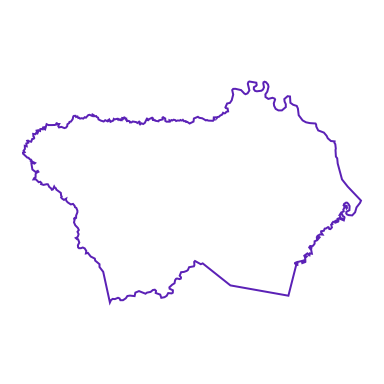 Parita, Herrera, Panama
{"feature_id": "35544464B83627234663474", "entity_name": "Parita", "entity_type": "district", "adm_level": 2, "iso_a3": "PAN", "parent_name": "Panama", "parent_adm1": "Herrera", "projection": "mercator", "projection_center": [-80.596, 8.035], "detail": "fine", "context": "isolated", "style": "outline", "palette": "violet", "viewbox_px": 384, "rotation_deg": 0, "n_neighbors": 0, "source": "geoboundaries", "source_scale": "gbopen_adm2", "svg_char_len": 5930}
<svg xmlns="http://www.w3.org/2000/svg" viewBox="0 0 384 384"><path d="M227.1,103.5L225.4,107.4L225.9,108.1L227.6,108.5L228.1,111.4L226.4,111.8L225.2,113.2L224.0,113.4L223.1,112.8L221.9,114.8L220.4,115.4L218.9,116.8L217.6,117.0L216.8,118.1L216.5,117.3L213.8,117.4L213.7,118.5L214.6,119.6L213.6,119.8L213.0,120.8L208.2,120.6L207.0,120.0L205.9,120.4L202.3,118.3L199.3,117.8L197.9,116.8L193.9,118.5L193.5,121.6L189.6,123.5L187.3,121.9L186.1,122.0L185.7,121.1L184.0,121.2L182.9,119.9L182.4,120.4L181.3,120.5L180.5,120.0L179.6,120.6L177.5,120.5L176.1,121.0L175.2,120.1L173.7,119.7L172.2,120.5L171.5,120.1L170.6,120.8L169.5,120.3L169.6,121.7L166.5,121.7L165.3,120.9L165.2,118.5L163.1,117.2L162.5,117.6L162.7,119.4L159.1,120.3L158.5,121.3L155.2,120.7L154.9,120.1L152.9,120.0L152.4,118.8L152.9,118.3L152.1,117.7L149.2,119.1L148.3,120.2L147.7,120.1L147.3,118.7L146.9,118.6L144.8,122.9L143.2,124.0L141.4,123.3L140.1,124.4L139.6,123.8L139.7,122.0L139.2,121.6L137.4,123.0L136.2,122.1L132.7,121.5L131.5,122.4L130.0,122.4L130.0,121.7L129.0,121.0L127.1,121.1L127.2,120.3L126.1,119.8L126.2,118.6L125.2,118.6L124.9,117.7L124.3,117.4L123.9,117.6L124.3,118.2L122.4,118.0L122.7,119.2L120.8,119.3L121.3,120.2L120.3,120.2L118.3,119.0L118.0,119.6L117.2,118.8L114.6,119.4L113.8,118.9L113.2,120.6L110.5,121.8L110.1,120.6L109.1,120.7L109.0,119.6L107.7,120.5L108.1,121.2L107.7,121.4L105.2,120.2L103.7,121.5L100.8,120.6L98.5,119.4L98.1,117.7L96.6,116.9L96.2,116.1L94.0,116.2L93.9,115.3L92.5,114.5L92.1,115.9L89.6,114.8L88.3,115.1L85.9,117.7L84.8,117.2L83.2,118.6L81.8,118.2L80.0,118.6L79.2,117.8L78.3,118.0L77.5,116.5L76.1,117.0L75.5,115.8L73.9,115.9L73.3,116.4L72.6,119.3L70.9,121.6L69.5,121.9L69.2,123.0L67.4,124.3L67.2,126.2L66.0,127.6L64.4,128.1L61.4,126.9L59.0,127.4L58.2,126.0L59.2,124.0L57.6,124.0L56.8,123.2L56.3,123.5L56.1,124.6L54.5,125.0L48.5,125.1L46.6,124.2L45.1,129.4L44.3,128.9L44.3,127.2L43.1,127.4L42.7,129.3L41.3,128.9L40.3,129.1L40.1,130.9L38.4,130.2L36.6,130.6L36.8,131.2L38.2,131.6L37.4,133.5L36.1,133.0L35.4,134.2L33.2,133.9L33.4,136.5L34.0,137.0L34.2,138.1L33.6,138.8L32.2,139.0L31.2,141.7L29.1,141.3L28.0,140.6L27.2,140.8L28.1,142.8L26.3,143.5L26.7,146.3L24.8,145.8L24.9,149.0L23.6,150.7L24.6,152.2L23.0,152.6L23.1,153.7L27.3,157.6L28.5,157.8L29.9,159.4L30.9,159.6L31.5,160.4L31.0,161.1L35.1,163.0L34.4,163.6L31.9,162.7L31.3,163.0L32.4,169.5L35.6,172.0L37.8,170.9L38.4,171.8L36.1,173.0L35.6,174.2L35.6,177.1L34.1,178.2L33.5,179.4L35.8,179.3L38.7,182.2L40.3,181.8L41.5,183.1L41.1,184.1L43.5,184.9L46.7,184.2L47.9,184.3L49.3,187.0L50.9,188.2L51.9,189.8L52.9,189.4L54.2,186.5L55.0,187.9L55.9,188.3L56.3,189.6L60.8,192.9L61.1,195.5L61.7,196.5L61.1,197.4L62.0,198.5L64.0,199.9L66.1,198.7L65.9,199.5L66.6,201.2L67.9,202.5L70.8,204.4L73.0,203.9L74.6,205.8L75.0,207.2L76.3,207.9L77.4,210.6L77.4,212.3L76.1,215.6L76.1,217.9L75.4,218.5L74.6,218.0L74.1,218.7L74.5,220.2L74.0,222.4L75.3,225.3L77.9,228.0L78.8,230.0L77.5,231.8L78.6,234.1L78.0,236.1L77.3,237.3L75.8,238.0L77.1,239.2L78.1,239.3L79.3,242.5L77.9,245.3L78.1,247.4L79.0,248.2L80.9,248.2L82.8,247.5L84.7,248.4L86.3,251.0L85.9,253.4L87.9,252.9L90.7,256.5L94.8,258.6L95.2,260.6L99.5,264.2L99.5,267.0L103.2,271.8L109.9,302.5L111.0,300.1L112.7,298.9L114.9,299.1L118.0,297.8L119.5,298.4L120.4,300.2L123.0,300.2L125.8,298.3L127.4,296.0L130.0,295.6L134.6,296.1L135.4,292.6L139.0,291.1L145.5,293.7L147.0,292.6L150.6,291.9L152.9,290.0L154.8,289.7L156.0,290.8L155.7,293.0L160.2,294.6L161.3,297.8L164.5,297.2L166.7,295.8L168.2,293.1L171.7,293.4L172.8,292.7L172.9,290.3L169.6,288.7L169.4,287.3L172.2,284.7L174.5,283.3L175.1,280.2L176.1,278.8L177.0,278.5L179.6,279.1L180.8,278.6L181.0,277.3L179.7,275.7L181.1,272.2L184.0,271.9L186.7,270.9L187.9,270.0L189.1,267.2L193.9,266.3L194.4,265.1L194.2,261.9L195.0,261.0L200.8,264.2L202.7,263.4L230.4,285.4L288.4,295.7L296.1,265.4L296.9,265.1L295.0,263.5L295.1,262.9L296.5,262.3L296.5,263.6L297.4,264.1L297.6,262.0L302.9,260.7L303.7,261.4L303.0,262.1L302.0,261.9L302.3,263.1L305.3,262.0L305.4,261.2L304.1,260.3L305.3,259.7L305.1,258.1L306.7,256.5L304.7,256.6L304.3,255.7L307.4,253.4L309.5,255.1L309.8,253.4L311.9,253.7L311.1,249.5L311.5,247.3L310.3,246.9L309.8,248.2L309.2,247.4L310.2,246.0L311.9,246.2L313.1,245.7L314.6,243.7L314.6,241.3L317.2,240.2L319.6,237.3L318.8,236.7L316.9,238.1L316.8,237.2L317.6,235.8L320.1,234.4L322.6,234.6L321.0,232.0L321.2,231.2L323.8,230.8L324.7,228.6L325.9,228.5L328.1,227.1L328.7,227.4L329.3,229.0L330.4,229.1L331.9,227.5L331.2,224.7L332.4,224.1L332.0,223.3L333.2,221.8L334.8,222.0L335.3,220.9L336.4,220.5L337.1,220.7L336.3,222.3L338.2,221.6L338.5,220.8L337.5,219.0L338.3,218.4L339.6,218.8L340.1,216.6L341.3,219.0L343.2,218.4L341.9,219.6L343.8,220.4L344.5,217.7L344.3,216.9L342.8,215.9L342.1,214.2L339.9,214.6L341.2,212.5L343.7,211.4L343.3,209.6L344.3,208.0L344.3,207.0L346.2,207.2L346.6,208.4L347.0,207.9L346.7,205.9L343.7,205.2L344.2,203.8L346.1,202.6L347.1,202.7L348.3,203.8L349.6,206.1L349.4,210.2L346.4,211.8L346.2,213.3L346.8,214.3L348.5,215.1L352.2,215.4L355.1,212.3L356.5,207.4L360.0,202.9L361.0,200.6L347.7,186.6L342.0,179.4L337.7,163.5L337.2,158.3L335.9,156.6L335.5,149.9L335.8,148.7L335.3,144.2L334.4,142.7L334.6,141.4L330.9,141.0L327.8,138.3L326.6,135.8L323.9,132.6L318.2,130.4L316.3,126.6L316.1,124.5L315.5,123.5L309.8,123.1L306.0,122.3L302.6,120.4L298.7,115.2L297.9,108.5L296.7,105.9L293.2,104.8L290.4,102.8L290.0,96.5L287.6,96.2L284.3,99.1L284.6,101.6L285.8,104.2L285.8,107.1L281.9,110.4L278.4,110.4L275.7,108.9L274.1,105.8L273.8,103.3L275.1,99.5L274.6,98.6L272.5,97.8L268.3,98.9L265.5,97.0L265.4,94.3L267.3,91.6L268.5,86.8L268.0,84.5L266.0,82.2L264.6,81.7L263.5,82.3L263.3,83.5L264.0,87.3L263.0,89.5L261.5,90.7L256.9,91.3L255.1,90.9L253.8,89.2L253.9,87.2L256.1,85.9L256.7,85.0L256.3,82.7L249.3,81.5L248.3,82.2L247.8,83.8L249.4,90.4L247.6,93.3L245.6,94.2L244.4,93.6L241.1,90.1L235.3,88.8L233.2,88.9L232.2,90.1L233.2,94.6L231.7,100.3L229.9,102.9L227.1,103.5Z" fill="none" stroke="#5b21b6" stroke-width="2"/></svg>